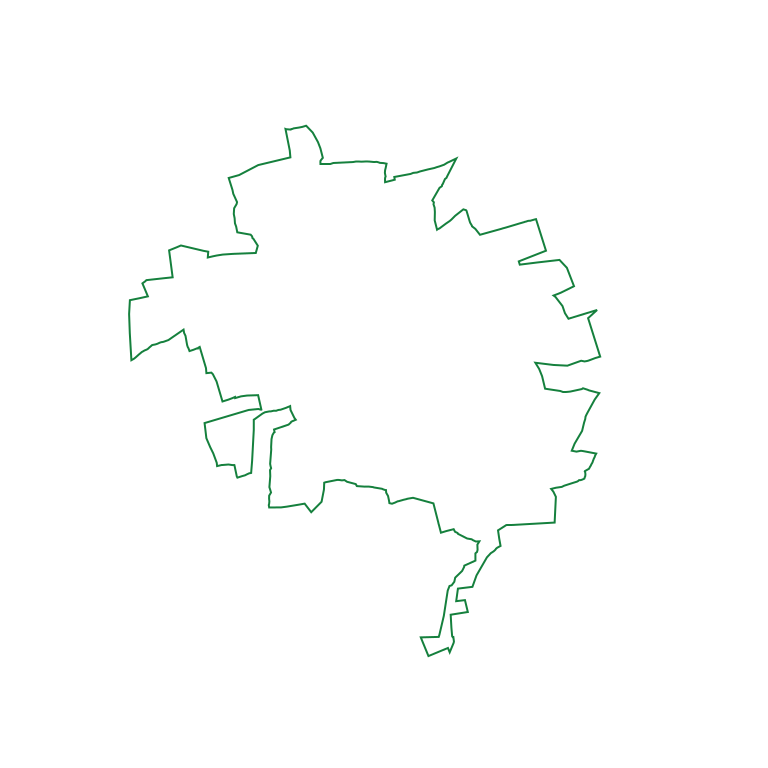 outline of Sotuta, Yucatán, Mexico, rotated 248°
{"feature_id": "50627088B40990940579560", "entity_name": "Sotuta", "entity_type": "district", "adm_level": 2, "iso_a3": "MEX", "parent_name": "Mexico", "parent_adm1": "Yucatán", "projection": "natural_earth1", "projection_center": [-88.999, 20.615], "detail": "fine", "context": "isolated", "style": "outline", "palette": "green", "viewbox_px": 768, "rotation_deg": 248, "n_neighbors": 0, "source": "geoboundaries", "source_scale": "gbopen_adm2", "svg_char_len": 6142}
<svg xmlns="http://www.w3.org/2000/svg" viewBox="0 0 768 768"><g transform="rotate(248 384 384)"><path d="M567.8,197.7L562.1,197.8L553.7,197.9L555.1,189.6L556.9,179.8L544.4,173.9L526.5,167.4L500.7,158.7L501.1,161.7L501.4,162.7L501.7,163.7L502.5,165.9L502.7,166.5L503.0,167.2L503.2,167.8L503.4,168.5L504.4,171.5L504.5,172.7L504.6,173.2L504.8,174.5L504.8,175.5L504.8,176.3L504.8,176.9L505.0,178.2L505.8,180.2L506.0,180.8L506.4,182.1L506.9,183.3L506.8,184.6L506.6,185.4L506.3,187.1L506.2,188.8L506.2,189.5L506.3,191.2L506.3,192.0L506.2,193.3L505.9,194.3L505.7,195.6L505.6,198.3L505.5,200.6L506.5,205.0L509.5,218.5L506.2,217.8L503.0,218.0L495.1,216.3L493.5,216.0L491.5,215.9L490.5,216.1L487.4,216.0L487.1,220.2L487.1,220.9L487.1,224.1L486.6,224.7L487.2,225.5L487.4,227.0L465.4,224.9L460.6,223.4L459.2,228.2L457.2,229.0L449.1,229.7L428.3,227.7L427.8,233.9L427.7,238.4L427.8,241.0L426.7,240.7L426.1,246.8L424.6,252.7L420.8,263.1L406.2,260.7L406.2,260.4L407.9,258.1L410.6,248.9L410.8,247.1L415.0,203.0L407.6,201.0L400.3,199.0L390.6,199.2L383.7,199.7L373.6,199.4L370.4,198.5L369.7,203.1L369.3,204.2L367.6,209.7L365.7,212.9L364.9,214.9L363.6,214.7L353.5,212.9L352.1,213.0L351.7,218.3L351.4,220.9L351.6,223.1L351.7,225.5L351.3,227.5L362.3,233.0L390.3,246.1L399.7,249.9L399.8,250.7L402.1,260.2L402.4,263.0L401.6,267.2L401.0,268.9L400.5,271.9L399.6,273.9L399.5,276.3L398.9,278.5L398.6,284.2L398.7,288.7L394.9,287.6L386.2,288.2L383.9,288.8L383.8,284.5L383.7,283.8L383.1,283.0L382.1,280.3L383.0,265.0L380.3,264.5L380.2,263.7L378.4,261.4L375.1,259.1L367.8,255.7L365.5,254.9L352.6,248.5L350.1,248.0L348.2,247.8L346.9,246.1L341.1,244.0L331.3,239.1L325.7,238.6L323.5,235.7L320.7,234.5L318.0,233.7L315.9,232.6L314.9,231.8L312.5,231.3L308.1,242.5L306.7,247.9L304.1,259.5L302.8,265.6L292.4,268.5L298.2,282.0L308.2,288.5L309.1,289.0L314.9,291.6L314.8,293.1L312.6,304.7L311.8,306.5L310.4,308.9L309.7,311.4L307.2,313.1L301.8,320.3L301.0,320.5L300.4,320.4L299.5,320.6L296.0,327.8L295.8,328.5L295.5,329.1L294.5,331.6L292.5,335.2L291.8,336.0L287.6,342.9L286.8,343.6L285.3,345.3L284.9,346.1L282.4,345.3L281.8,345.4L281.5,345.4L278.7,345.8L274.2,345.0L271.5,344.4L270.0,346.6L269.9,349.8L270.1,352.7L269.9,353.5L269.4,357.9L269.4,358.3L268.8,362.1L268.9,362.4L267.6,368.3L254.8,385.1L235.5,382.5L233.8,382.2L233.5,382.2L233.3,382.2L224.8,381.1L224.3,386.7L223.3,394.2L220.4,394.5L218.3,396.4L217.3,396.5L209.6,403.2L207.2,407.1L206.0,407.9L203.6,410.1L202.4,413.5L200.1,410.4L195.1,408.6L193.4,407.3L193.0,406.0L192.7,405.3L186.0,402.6L185.5,390.4L184.3,389.7L181.4,386.4L177.8,377.5L174.3,375.1L172.0,371.3L172.2,369.1L168.6,365.7L146.6,352.6L130.7,341.4L129.0,340.0L135.3,323.2L130.5,323.2L115.1,323.3L115.3,344.4L110.6,344.4L117.9,351.6L119.1,352.4L123.4,353.5L123.5,352.9L124.6,352.7L132.8,355.2L145.1,359.4L141.2,376.3L153.3,378.1L155.6,369.6L166.6,375.9L162.8,390.0L171.9,398.1L184.8,414.6L185.1,415.4L185.5,416.1L186.2,417.7L186.4,418.1L187.1,419.5L187.3,420.4L187.4,421.1L187.6,421.9L187.7,422.6L187.9,423.3L188.3,424.4L188.8,425.5L189.3,426.1L189.8,427.7L190.2,431.4L197.4,432.9L205.6,434.9L207.4,444.6L205.1,450.5L191.6,490.3L215.0,501.1L220.7,500.7L224.1,499.7L223.4,504.6L222.0,510.3L222.2,513.0L221.5,522.5L221.2,526.0L221.2,526.9L221.4,527.9L221.8,528.9L221.2,530.3L221.1,531.7L221.1,532.5L221.2,534.3L221.8,534.8L222.4,535.2L222.8,535.8L224.3,536.7L225.7,537.2L227.0,537.5L227.7,537.4L228.0,537.7L228.5,541.5L228.6,542.3L230.2,544.2L230.8,545.1L231.8,546.1L232.6,547.2L233.0,547.7L233.5,548.2L234.6,549.1L235.2,549.7L235.9,550.3L236.9,551.4L237.3,551.9L238.5,552.9L240.0,554.7L247.0,543.8L248.3,541.6L249.2,537.1L251.8,533.1L257.3,538.4L266.3,550.1L273.3,555.1L276.2,557.5L278.2,558.6L279.7,560.2L281.4,562.2L290.7,573.6L294.9,580.2L301.2,571.8L302.4,570.6L302.5,570.5L305.5,566.9L305.2,565.5L307.2,553.9L307.9,551.4L308.5,549.5L309.5,547.0L311.5,544.8L319.3,531.6L332.0,533.5L339.9,533.5L347.0,532.3L338.2,548.2L332.3,560.9L331.7,575.5L329.8,578.4L329.3,580.7L329.1,582.1L328.9,589.8L328.4,594.7L368.6,597.9L372.8,609.3L375.2,581.9L375.4,579.5L381.9,578.3L389.4,578.7L400.5,575.6L402.5,574.4L402.4,579.1L402.4,582.1L403.5,596.8L423.2,597.1L433.3,593.2L439.3,571.5L443.8,554.6L444.8,554.7L447.2,554.9L446.9,584.1L479.9,586.7L480.1,585.4L480.5,581.6L480.6,580.6L481.0,579.7L481.3,578.5L481.4,576.4L481.6,575.4L481.6,574.4L481.7,573.6L481.8,572.6L482.1,569.8L482.3,567.5L482.4,566.4L482.8,562.2L483.1,558.9L483.5,554.8L483.8,552.5L483.9,551.0L484.1,549.2L486.4,528.9L493.6,526.8L497.2,524.7L498.0,524.8L501.3,524.3L503.0,524.4L513.7,525.4L514.4,525.2L516.2,523.0L513.3,513.0L511.2,508.1L510.5,506.0L509.5,501.4L509.1,499.9L508.0,495.7L507.5,493.9L507.4,491.7L507.2,491.0L516.7,492.3L524.4,495.6L528.6,497.0L532.0,497.2L533.8,498.3L536.1,497.5L545.1,509.0L545.7,511.7L547.1,512.7L547.3,513.3L551.2,517.3L551.7,519.1L553.2,520.7L566.0,535.5L565.7,530.4L565.5,527.1L565.5,525.9L564.8,521.9L565.0,516.9L565.3,514.0L565.4,511.6L566.2,506.9L566.5,505.1L567.6,496.9L567.7,494.2L567.9,493.2L568.3,492.0L568.5,491.2L568.8,490.2L568.8,488.1L568.8,487.4L570.3,480.0L572.1,471.1L569.4,470.5L569.7,467.9L570.7,460.6L573.9,461.8L574.3,462.1L575.1,462.5L575.7,463.2L579.4,463.9L581.8,465.1L583.3,466.2L587.3,468.9L589.0,466.3L590.6,463.0L591.1,462.5L591.7,461.8L592.1,461.3L592.6,460.6L592.7,460.4L593.6,457.8L596.0,453.2L597.1,450.6L598.6,446.3L599.8,443.8L600.8,441.2L601.4,438.4L607.9,419.8L608.1,416.6L611.8,407.5L613.7,408.2L614.7,408.7L615.5,409.9L615.7,410.3L616.6,412.0L626.3,413.3L633.0,413.4L643.8,412.1L652.6,408.6L652.7,408.2L652.7,407.6L653.0,404.5L653.6,401.3L654.9,395.8L654.8,394.8L655.0,393.9L655.1,393.4L654.8,392.9L656.8,388.9L657.4,388.2L635.8,384.1L629.2,382.1L634.1,349.4L632.0,327.9L633.2,317.2L620.7,316.2L616.8,315.5L607.7,315.9L606.0,314.7L603.1,310.9L597.9,308.4L593.7,307.6L588.8,306.0L585.4,305.9L579.6,304.8L572.4,316.3L570.3,317.0L568.5,316.7L567.6,317.3L559.5,318.8L553.5,314.2L561.2,292.8L564.4,283.0L565.8,277.0L566.5,273.1L567.3,268.0L572.5,270.6L575.1,266.5L588.5,247.6L588.4,242.9L588.4,234.8L581.8,233.1L570.6,230.2L562.1,228.0L564.4,220.0L569.3,202.6L568.7,201.2L567.8,197.7Z" fill="none" stroke="#15803d" stroke-width="2"/></g></svg>